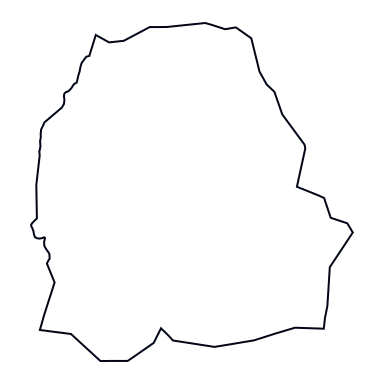 the district of Jargalant, Hövsgöl, Mongolia
{"feature_id": "93677404B92593673240839", "entity_name": "Jargalant", "entity_type": "district", "adm_level": 2, "iso_a3": "MNG", "parent_name": "Mongolia", "parent_adm1": "Hövsgöl", "projection": "robinson", "projection_center": [99.301, 48.56], "detail": "fine", "context": "isolated", "style": "outline", "palette": "ink", "viewbox_px": 384, "rotation_deg": 0, "n_neighbors": 0, "source": "geoboundaries", "source_scale": "gbopen_adm2", "svg_char_len": 1321}
<svg xmlns="http://www.w3.org/2000/svg" viewBox="0 0 384 384"><path d="M235.9,27.4L225.1,29.2L211.5,24.8L205.2,23.0L166.8,27.0L149.6,27.1L123.8,40.8L109.1,42.4L95.8,35.0L89.3,55.9L86.2,56.8L84.0,59.7L81.6,63.1L80.7,66.0L80.3,67.7L79.7,71.1L78.1,76.4L77.2,80.7L76.7,82.5L75.8,83.2L74.2,83.9L73.2,85.3L71.4,88.1L68.5,91.2L65.8,92.2L64.3,93.8L63.9,96.1L64.4,99.7L64.0,103.9L61.8,107.6L61.7,107.7L44.4,122.4L43.4,125.0L42.3,127.1L41.2,129.4L41.0,130.5L41.0,131.5L40.8,132.7L40.7,133.9L40.8,136.7L40.5,139.2L40.0,141.3L40.3,142.7L40.2,144.3L40.5,146.0L39.9,149.0L39.8,150.2L39.3,151.1L39.7,155.4L36.3,185.0L36.9,218.3L32.2,223.1L31.2,224.7L31.2,226.1L32.4,228.3L33.4,231.0L34.0,234.6L35.0,237.2L37.4,238.3L39.6,238.6L42.1,238.1L44.3,237.3L45.0,237.9L44.7,239.3L44.1,242.0L44.3,245.6L45.5,248.1L47.7,251.3L49.3,253.7L49.5,256.1L49.7,258.4L48.1,261.1L46.9,263.5L54.6,282.5L44.2,314.8L39.9,330.0L71.0,334.0L100.4,361.0L127.8,360.9L153.7,342.9L161.0,328.3L168.4,335.5L173.0,340.5L214.5,346.9L234.7,343.6L244.1,342.0L253.9,340.4L274.9,333.7L295.0,327.7L323.8,328.7L325.0,317.8L327.4,305.9L327.4,305.7L329.8,267.2L352.8,232.5L347.3,223.3L330.7,217.8L324.1,198.0L319.1,195.7L296.9,186.8L305.3,148.4L304.5,144.6L282.3,114.5L274.4,91.8L266.6,84.4L259.5,71.6L251.3,38.3L235.9,27.4Z" fill="none" stroke="#020617" stroke-width="2"/></svg>